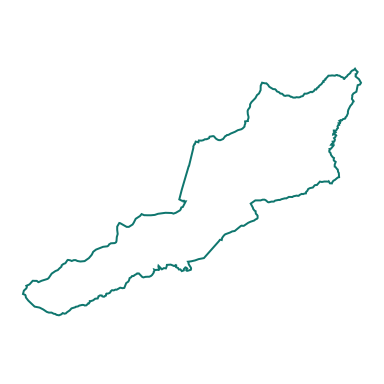 outline of Rasinari, Sibiu, Romania
{"feature_id": "2599482B32433549776599", "entity_name": "Rasinari", "entity_type": "district", "adm_level": 2, "iso_a3": "ROU", "parent_name": "Romania", "parent_adm1": "Sibiu", "projection": "equal_earth", "projection_center": [23.983, 45.649], "detail": "fine", "context": "isolated", "style": "outline", "palette": "teal", "viewbox_px": 384, "rotation_deg": 0, "n_neighbors": 0, "source": "geoboundaries", "source_scale": "gbopen_adm2", "svg_char_len": 5959}
<svg xmlns="http://www.w3.org/2000/svg" viewBox="0 0 384 384"><path d="M339.1,177.2L338.8,173.0L338.1,171.8L337.7,169.5L337.1,169.1L335.5,167.0L334.7,166.6L334.7,164.6L335.7,161.9L333.8,160.5L333.7,159.3L334.0,158.0L332.8,157.3L331.1,155.1L330.4,152.8L329.3,151.8L329.3,150.5L329.8,149.8L329.5,149.0L331.0,148.6L333.7,145.3L333.7,145.1L331.1,144.8L331.9,143.7L333.5,142.8L332.8,141.6L334.0,141.4L334.6,140.9L334.9,139.5L334.0,138.1L335.2,137.3L335.5,136.1L336.2,135.6L335.7,134.8L334.9,134.4L334.1,134.2L333.1,134.5L333.2,133.8L333.8,133.0L335.6,132.3L335.0,131.5L333.8,131.0L333.8,130.7L334.4,130.8L334.3,130.5L334.5,130.5L335.4,131.1L336.8,129.6L336.8,129.2L337.2,128.6L337.9,128.1L337.9,127.4L337.5,126.5L338.0,125.4L338.6,125.0L338.6,124.6L339.0,124.7L338.8,123.7L339.2,123.9L339.3,123.3L340.0,123.2L340.2,122.6L339.8,122.1L340.1,121.8L340.0,121.3L339.6,120.9L340.6,120.6L340.2,120.4L340.7,120.1L341.5,120.5L342.9,119.2L345.1,118.6L345.4,118.2L345.4,117.5L346.6,116.3L347.9,113.4L347.9,111.6L348.4,109.7L350.4,105.8L352.2,103.8L353.0,101.8L353.6,101.5L353.3,100.6L352.6,100.0L351.9,98.9L352.3,96.5L352.2,95.3L353.4,93.5L356.4,91.7L357.7,85.2L360.0,84.5L361.0,82.8L359.0,79.2L355.6,76.5L355.6,75.6L356.1,74.8L355.7,74.2L356.5,73.7L357.5,72.4L357.6,71.8L356.1,70.5L355.0,68.7L353.7,70.1L352.5,70.4L351.7,71.0L350.5,72.3L350.3,73.1L347.7,75.1L347.0,76.3L345.5,77.4L344.3,78.9L343.9,78.8L344.0,78.3L342.6,77.3L341.2,76.9L339.5,75.7L337.9,75.5L337.1,75.0L336.2,75.1L334.9,75.7L331.9,75.4L331.1,75.6L328.4,75.7L327.5,76.9L326.3,78.0L325.6,79.2L325.3,79.2L325.3,79.7L323.3,81.1L323.6,81.9L322.8,82.2L321.3,84.3L320.6,84.7L319.4,85.7L318.5,86.7L318.5,87.2L317.2,87.8L316.2,89.5L315.1,89.3L313.7,91.2L312.0,92.2L311.5,91.9L310.7,91.9L307.5,93.4L306.2,93.7L304.5,93.7L302.8,96.1L301.0,96.5L300.3,97.0L298.9,97.4L296.3,97.2L295.3,97.6L293.2,97.6L291.3,96.7L290.8,96.8L289.0,95.6L287.0,95.5L285.3,95.9L284.0,95.6L282.2,93.8L280.3,93.5L279.0,92.2L276.9,91.4L275.9,89.9L275.0,89.2L273.1,89.1L269.8,87.1L269.0,86.5L268.3,85.2L266.4,83.3L264.9,83.3L262.1,82.7L260.7,85.7L260.6,90.1L259.0,93.5L257.0,95.1L255.4,98.1L251.4,102.2L250.1,104.4L250.1,106.2L249.8,107.4L248.1,109.6L247.6,111.0L247.8,114.1L248.5,116.7L248.5,118.0L247.8,120.1L247.9,121.0L245.1,121.4L245.3,123.5L244.6,125.3L244.5,126.6L242.6,128.5L241.2,129.3L237.8,130.2L235.0,131.8L230.6,133.6L228.6,134.8L226.8,135.1L226.3,135.7L225.3,136.1L223.1,139.0L220.5,140.1L218.8,140.1L217.6,139.7L215.9,138.6L214.0,136.4L213.1,136.1L209.6,136.7L209.0,138.2L206.7,139.2L204.8,139.3L203.3,140.2L201.5,140.6L198.8,140.5L198.4,142.3L195.7,141.6L194.8,144.1L194.4,144.1L193.3,146.5L193.4,147.7L189.0,166.0L188.7,166.2L181.7,190.0L179.3,199.4L182.0,200.8L183.8,200.8L183.7,201.5L185.7,201.4L182.8,207.0L181.4,207.4L180.8,208.7L180.7,209.4L179.9,210.4L175.8,212.8L173.5,213.6L171.7,213.0L165.5,212.8L158.0,213.8L154.8,214.9L150.5,215.3L144.2,215.2L141.6,214.1L140.0,216.0L135.7,218.8L133.8,222.6L132.6,224.5L128.8,226.9L126.7,226.9L120.2,223.2L119.3,223.0L117.2,226.6L117.2,230.0L117.7,234.0L116.8,237.0L116.5,241.0L116.1,242.2L115.3,242.8L114.5,243.1L110.9,243.3L109.1,244.4L108.4,245.6L107.4,246.3L103.1,246.8L96.0,249.6L93.2,251.8L91.8,254.7L88.9,258.1L84.6,261.1L80.4,261.5L77.4,261.0L75.6,260.1L73.9,260.1L71.7,261.0L70.2,260.3L67.9,259.9L67.4,260.2L65.4,263.2L63.4,264.0L61.7,265.3L61.4,266.7L59.3,268.5L57.8,270.1L55.5,271.0L51.7,273.6L48.7,278.0L47.6,278.9L41.5,280.8L38.7,282.1L38.3,282.1L36.8,280.9L32.7,280.8L29.5,284.4L26.3,285.8L26.9,286.9L26.3,288.4L23.9,290.6L23.0,294.0L25.2,294.9L25.6,295.6L25.9,297.5L28.3,300.6L34.6,306.6L39.6,307.6L43.3,309.5L46.8,311.9L48.9,312.6L51.6,312.6L53.6,313.7L55.4,314.0L56.4,314.8L59.0,315.3L61.4,314.3L62.7,313.1L64.5,313.7L66.0,313.3L66.8,312.4L69.7,310.4L71.5,308.4L75.4,307.2L75.7,306.8L78.0,306.4L79.2,305.6L82.3,304.9L83.8,305.0L84.7,305.5L86.4,305.3L87.5,304.1L88.2,303.8L88.4,303.2L89.0,303.3L89.8,302.0L89.8,301.1L90.9,301.1L93.2,300.3L95.2,298.7L97.7,298.5L98.4,296.9L98.4,296.4L100.1,295.4L101.8,295.5L102.2,296.3L103.3,296.7L104.4,296.6L104.7,296.1L105.9,295.6L106.2,293.9L106.5,293.6L107.8,293.6L109.6,293.0L110.5,291.9L110.6,291.4L112.0,290.2L113.8,290.4L115.4,289.6L116.7,289.7L120.2,287.7L122.6,288.2L124.3,287.9L126.2,283.1L128.3,281.6L129.1,280.1L129.6,278.1L131.1,277.3L132.0,276.1L133.6,276.0L134.4,275.2L135.9,274.4L137.2,273.4L137.8,273.7L138.8,273.4L142.3,277.0L143.4,277.4L145.7,276.8L149.3,276.7L150.9,276.0L152.1,275.0L153.8,272.5L153.7,271.8L154.5,270.6L154.2,269.6L155.2,270.0L157.4,269.8L158.6,270.0L159.2,269.6L159.4,269.1L158.7,268.0L158.4,266.3L158.5,265.8L161.9,269.3L163.9,268.1L165.9,268.4L166.6,266.6L166.9,264.9L170.7,264.6L174.2,266.0L176.6,264.6L175.3,265.8L176.1,265.8L175.9,266.7L176.1,267.2L177.9,267.9L178.9,269.5L180.4,269.4L181.8,271.1L183.8,270.4L183.9,269.1L185.4,267.4L186.3,267.7L187.2,268.5L186.3,269.7L186.3,270.4L186.7,270.7L187.5,270.8L190.8,269.8L191.1,268.8L190.9,267.7L189.0,264.7L188.5,263.5L188.6,262.7L188.0,261.7L191.2,261.3L195.1,260.4L198.7,259.1L203.9,258.1L218.9,241.2L219.9,239.8L220.8,239.7L221.7,240.0L222.2,237.8L223.8,235.6L225.2,234.3L230.1,232.5L232.2,231.4L234.7,231.0L240.8,226.0L241.8,225.6L243.0,225.9L244.0,225.7L248.2,222.8L250.6,221.7L254.2,220.5L255.4,219.5L257.1,218.7L257.6,218.0L257.6,215.8L257.0,214.8L256.1,214.0L255.7,213.1L255.6,211.2L254.6,210.7L253.2,208.9L252.9,207.7L250.7,203.6L255.3,200.4L260.6,200.4L262.6,199.7L264.6,199.7L265.7,200.2L267.9,202.1L268.8,202.3L271.5,201.6L273.8,201.6L275.1,200.6L278.7,199.9L279.8,200.0L281.5,199.2L285.0,198.3L286.3,198.4L288.9,196.9L292.4,197.0L293.4,196.3L296.7,195.6L298.1,195.9L299.0,195.6L299.5,195.0L301.7,193.9L303.1,194.1L304.6,193.5L305.9,193.4L306.2,191.8L307.3,190.9L308.2,189.0L310.0,188.1L312.9,187.5L314.5,185.5L315.1,185.1L316.9,185.0L319.9,181.6L321.9,182.0L324.4,181.5L328.4,181.6L328.7,181.3L329.9,183.3L331.9,183.4L332.1,182.6L333.4,180.7L334.8,180.0L337.8,177.5L339.1,177.2Z" fill="none" stroke="#0f766e" stroke-width="2"/></svg>